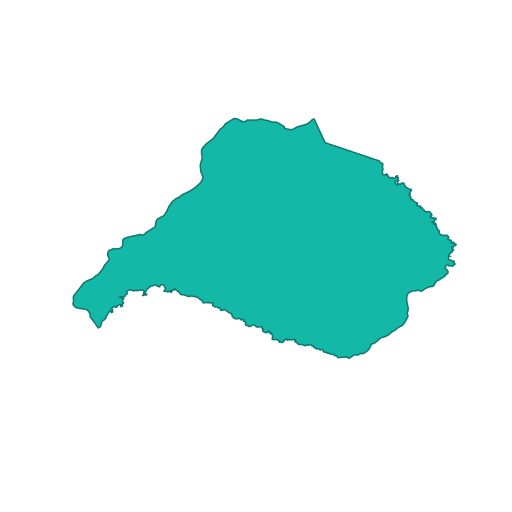 Cacahual, Guainía, Colombia (Natural Earth projection), rotated 245°
{"feature_id": "7082276B48982003363918", "entity_name": "Cacahual", "entity_type": "district", "adm_level": 2, "iso_a3": "COL", "parent_name": "Colombia", "parent_adm1": "Guainía", "projection": "natural_earth1", "projection_center": [-67.671, 3.445], "detail": "fine", "context": "isolated", "style": "filled", "palette": "teal", "viewbox_px": 512, "rotation_deg": 245, "n_neighbors": 0, "source": "geoboundaries", "source_scale": "gbopen_adm2", "svg_char_len": 6132}
<svg xmlns="http://www.w3.org/2000/svg" viewBox="0 0 512 512"><g transform="rotate(245 256 256)"><path d="M162.2,423.5L163.5,422.7L165.2,422.6L166.1,422.8L166.6,423.5L167.2,426.4L165.6,426.6L164.9,428.3L163.7,429.7L164.6,433.0L166.0,432.6L167.7,433.3L168.0,432.9L167.9,431.8L169.4,431.3L170.4,429.8L172.1,429.3L173.6,429.7L173.9,430.1L173.8,431.5L174.6,430.7L175.0,430.8L176.0,432.2L176.4,434.0L177.6,434.6L176.9,435.8L177.8,436.6L178.1,437.7L178.6,437.8L179.2,436.9L181.1,436.9L180.6,438.2L181.6,439.1L181.2,441.6L182.1,442.2L183.7,440.9L185.1,440.8L185.2,440.3L184.6,439.6L184.9,439.1L186.4,438.7L187.6,439.6L189.2,437.7L190.1,437.2L190.7,437.3L191.3,438.6L193.8,438.1L196.3,433.1L199.2,431.5L201.5,432.7L202.5,431.8L203.6,432.1L204.5,431.6L205.8,432.1L206.9,431.6L208.0,432.5L209.9,432.5L210.1,432.2L209.0,431.6L209.1,430.9L211.0,431.2L212.2,430.0L212.3,432.5L213.2,433.5L213.3,434.8L213.8,435.1L214.4,434.7L214.4,433.5L215.8,433.1L215.5,432.0L216.8,431.4L217.6,430.3L218.5,430.6L218.4,432.3L219.2,432.9L222.3,432.3L223.4,431.2L223.7,429.8L225.0,427.9L226.8,427.7L227.7,426.9L229.2,427.1L230.1,425.6L231.6,426.2L232.0,425.0L233.0,424.2L233.8,423.0L234.3,423.1L235.2,424.5L235.8,424.6L237.6,422.9L239.1,422.0L240.9,422.0L241.8,420.1L243.5,421.1L245.4,420.9L246.4,420.4L246.7,421.7L247.3,422.0L248.2,421.6L249.8,424.5L250.8,424.8L251.2,423.7L254.8,421.1L257.3,420.6L259.3,420.9L260.6,418.9L260.5,418.2L259.8,417.8L259.9,416.8L262.0,415.3L261.6,414.7L260.9,414.5L260.9,413.9L263.3,413.0L264.2,413.1L264.6,414.0L264.6,414.8L263.6,415.3L264.0,417.2L265.5,416.9L267.0,418.1L268.0,417.3L268.8,418.0L269.2,417.5L269.0,416.4L267.9,415.5L267.7,414.9L268.2,413.8L269.7,412.6L270.0,410.6L270.9,409.7L272.3,409.9L273.8,408.5L274.6,409.5L274.9,409.4L275.4,406.4L276.3,405.4L277.5,405.5L280.2,406.9L280.6,407.6L282.9,408.1L285.7,409.8L286.6,409.8L287.6,408.1L289.8,408.1L329.5,366.5L355.6,366.6L355.8,364.8L354.2,359.6L354.1,357.2L355.6,347.8L355.2,344.0L355.4,341.7L358.5,336.9L359.9,336.0L361.3,336.2L367.5,332.2L369.2,330.3L369.9,328.1L374.2,323.4L375.8,320.8L377.4,319.6L378.4,317.6L378.9,313.9L382.9,305.6L382.4,302.8L382.9,301.5L384.1,300.1L388.4,296.7L389.5,295.1L389.8,293.6L388.8,284.2L386.8,280.7L385.9,276.9L380.5,266.7L378.5,257.8L376.0,252.4L373.8,250.7L367.5,248.7L362.2,244.0L361.1,243.5L355.7,241.6L351.0,241.5L349.1,240.9L346.8,238.2L345.7,236.1L344.0,230.9L342.8,224.1L342.7,215.1L341.7,210.7L341.8,207.7L340.6,203.0L337.7,198.0L334.4,194.2L331.5,189.8L331.2,182.6L330.3,181.0L328.0,178.7L326.2,178.0L325.0,176.9L323.7,166.2L322.9,164.3L322.7,162.1L323.2,161.2L324.3,160.7L327.3,147.3L327.5,144.2L327.0,142.3L326.1,141.6L325.1,141.5L321.5,139.2L320.6,137.5L320.5,135.4L321.1,133.2L322.8,130.0L323.1,125.5L322.5,123.9L319.9,122.0L315.5,121.8L314.3,120.8L311.7,114.9L309.0,111.5L306.1,105.5L305.7,101.9L304.6,98.8L304.9,91.8L304.3,88.2L300.8,81.8L297.1,74.2L296.2,73.2L292.1,71.5L289.9,69.8L288.5,69.8L285.7,70.7L283.4,73.4L279.6,79.3L278.1,80.4L274.4,81.2L270.5,80.0L263.3,81.7L257.6,82.5L257.7,85.2L261.7,88.8L262.3,89.9L262.2,91.4L263.3,93.9L264.8,94.9L265.5,96.6L266.6,97.6L266.9,98.8L267.9,99.9L267.7,100.8L265.8,101.1L265.8,102.3L266.4,102.7L267.0,102.4L267.9,103.3L269.2,102.6L269.8,103.4L270.1,106.4L268.6,107.4L268.4,107.9L269.5,109.2L269.8,111.4L269.0,112.8L267.2,112.2L267.2,114.0L268.7,113.8L269.1,115.6L269.6,116.1L270.8,115.8L272.5,116.4L273.4,118.2L276.1,115.0L276.3,116.4L275.0,118.6L275.0,120.5L276.3,122.1L276.2,123.5L278.3,123.6L279.1,126.5L278.9,127.2L276.0,130.5L275.8,132.0L274.5,134.3L274.4,135.8L272.8,139.3L272.1,139.7L271.3,139.5L268.9,138.1L268.2,136.7L267.8,137.0L267.9,138.6L267.0,139.9L267.2,140.7L268.7,140.0L269.5,140.2L271.8,142.9L273.1,148.2L272.5,150.2L272.5,152.9L270.3,153.9L268.8,155.5L268.8,155.9L269.7,156.1L270.0,157.6L269.1,159.9L265.3,160.4L263.9,159.5L263.3,158.0L262.9,157.8L262.5,159.2L261.0,160.5L260.6,161.8L260.7,163.1L259.3,163.4L259.0,163.9L259.1,164.5L260.5,164.3L260.0,166.5L260.1,167.3L260.7,168.0L260.6,168.6L259.4,168.7L258.7,169.6L257.5,169.8L256.2,170.9L253.7,171.3L252.5,171.9L251.3,174.3L247.8,177.6L247.1,180.5L245.1,183.4L242.0,186.6L240.5,186.8L238.5,188.2L235.7,188.4L235.3,190.2L231.8,196.8L231.3,196.9L230.0,195.8L229.2,195.9L227.2,197.3L226.5,199.1L224.7,200.1L224.0,201.4L223.2,201.6L222.3,201.0L221.7,201.1L220.8,203.1L221.1,204.4L220.7,205.0L215.8,207.7L214.0,209.4L211.5,209.0L208.6,209.9L207.7,211.0L206.4,214.4L205.8,215.2L204.2,215.6L203.9,217.2L203.2,218.2L202.5,218.2L202.1,217.3L201.3,218.1L199.8,218.4L199.1,218.3L198.3,217.4L197.2,217.8L196.8,218.7L195.3,219.7L194.6,220.6L194.7,224.8L193.9,225.8L192.1,226.1L190.9,227.2L190.5,229.2L189.2,231.0L187.2,231.0L186.7,231.7L185.4,230.5L184.7,230.5L183.3,231.4L181.9,233.3L181.8,234.3L182.6,235.2L182.2,236.4L181.6,236.5L180.8,235.9L180.3,236.6L179.5,236.2L179.1,237.2L176.5,237.4L174.4,235.8L173.5,235.6L172.6,236.8L171.7,239.4L169.6,240.9L168.1,240.6L167.8,241.9L167.0,242.3L166.5,243.6L167.4,246.2L167.8,246.0L168.0,246.3L167.9,249.0L167.4,249.4L166.4,249.0L165.9,251.6L164.9,252.6L164.6,254.8L163.8,255.5L163.5,256.4L163.1,256.3L162.8,255.4L162.1,255.1L160.2,256.2L159.9,256.7L158.4,256.9L157.1,258.4L156.7,259.9L153.8,262.7L154.1,264.2L152.8,265.9L153.3,266.8L153.1,267.3L152.2,268.3L151.0,268.6L150.0,269.9L149.0,269.9L148.5,270.4L147.3,270.7L146.0,272.0L145.5,273.4L143.7,274.5L143.4,276.7L142.5,277.1L141.4,276.7L140.2,276.9L139.2,278.9L138.1,279.2L137.8,280.1L135.5,282.2L134.4,284.5L132.3,285.3L131.8,286.7L129.5,287.3L128.4,289.2L128.2,291.0L127.4,291.8L127.4,293.0L126.3,294.5L126.4,295.3L123.9,297.2L124.9,302.9L124.3,304.8L123.2,306.3L123.4,309.7L122.4,311.5L122.2,312.8L123.1,317.2L124.0,319.4L127.4,323.5L126.9,325.8L127.3,328.3L129.1,334.7L128.4,338.5L128.5,342.8L129.8,347.1L130.0,350.5L131.1,354.8L131.2,359.2L132.7,362.6L137.1,368.3L140.4,368.9L142.4,370.9L144.4,371.9L151.6,373.6L156.4,376.0L157.6,377.6L158.2,379.3L158.2,383.4L157.0,385.8L156.7,388.1L154.2,391.0L154.2,392.4L154.9,394.9L154.8,400.5L153.9,402.6L153.8,404.2L156.9,408.7L157.0,412.6L157.4,413.6L157.9,418.8L158.8,419.7L159.1,422.4L160.5,423.4L162.2,423.5Z" fill="#14b8a6" stroke="#0f766e" stroke-width="1.5"/></g></svg>